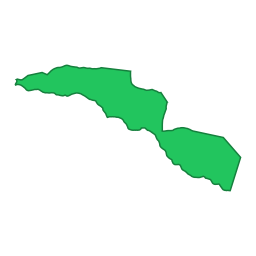 St Lawrence, Anse-la-Raye, Saint Lucia
{"feature_id": "8701671B18704050053031", "entity_name": "St Lawrence", "entity_type": "district", "adm_level": 2, "iso_a3": "LCA", "parent_name": "Saint Lucia", "parent_adm1": "Anse-la-Raye", "projection": "robinson", "projection_center": [-61.027, 13.938], "detail": "fine", "context": "isolated", "style": "filled", "palette": "green", "viewbox_px": 256, "rotation_deg": 0, "n_neighbors": 0, "source": "geoboundaries", "source_scale": "gbopen_adm2", "svg_char_len": 5676}
<svg xmlns="http://www.w3.org/2000/svg" viewBox="0 0 256 256"><path d="M197.0,177.4L197.7,177.5L198.0,177.5L198.7,177.5L199.1,177.5L199.3,177.5L199.9,177.4L200.5,177.2L201.1,177.0L201.6,176.9L202.3,176.7L202.9,176.4L203.2,176.3L204.6,176.9L204.8,177.2L205.1,177.4L205.2,177.7L205.5,178.1L206.1,178.3L206.6,178.3L207.0,178.4L207.5,178.6L207.9,178.7L208.5,178.9L208.8,179.0L209.0,179.1L209.3,179.2L209.7,179.3L209.9,179.3L210.5,179.7L210.6,179.8L210.8,180.1L211.1,180.4L211.2,180.7L211.4,181.0L211.6,181.4L211.8,181.7L211.9,181.9L212.1,182.2L212.2,182.5L212.4,182.8L212.5,183.0L212.8,183.3L213.0,183.5L213.3,183.7L213.7,183.9L213.8,184.0L214.3,184.2L214.9,184.3L215.4,184.3L216.0,184.3L216.9,184.2L217.6,184.2L218.0,184.2L218.4,184.0L219.2,184.2L219.5,184.5L220.1,185.6L220.7,186.4L221.0,186.9L221.7,187.8L222.2,188.6L222.8,189.3L223.1,189.5L223.3,189.8L223.7,189.9L224.3,190.1L224.7,190.3L225.2,190.3L225.6,190.4L225.9,190.4L226.3,190.5L226.9,190.5L227.2,190.4L227.7,190.4L228.0,190.4L228.5,190.4L228.9,190.6L229.3,190.6L229.6,190.6L230.1,190.7L230.3,190.3L240.6,157.4L223.3,137.5L192.9,131.0L192.1,130.7L190.7,130.0L189.7,129.4L188.8,129.1L188.6,129.0L188.3,128.9L187.9,128.7L187.4,128.5L186.6,128.4L185.3,128.1L183.9,127.8L182.0,127.7L180.7,127.8L179.8,128.1L178.4,128.2L177.5,128.3L175.4,129.0L174.2,129.4L173.2,130.2L172.2,130.5L170.6,130.6L169.3,130.6L168.2,130.6L167.0,130.7L166.0,130.9L164.7,131.1L163.6,131.2L162.2,131.1L162.1,130.8L162.3,130.5L162.3,129.4L162.3,128.3L162.3,126.3L162.3,124.5L162.4,122.6L162.5,121.1L162.6,119.9L162.9,118.9L163.2,118.1L163.5,116.9L163.8,115.4L164.1,114.5L164.7,113.0L165.2,111.5L165.9,109.6L166.2,108.9L166.2,108.3L166.1,107.3L166.1,106.8L166.2,106.1L166.5,104.7L166.8,103.7L166.9,102.8L166.9,101.9L167.1,101.9L161.0,92.7L160.9,92.8L160.4,92.6L159.6,92.6L158.8,92.6L158.0,92.1L157.6,91.8L157.2,91.6L156.8,91.3L156.3,91.1L155.6,91.0L154.7,90.6L154.2,90.4L153.3,90.0L152.6,89.7L152.2,89.5L151.4,89.6L150.6,89.8L149.1,90.1L147.9,90.2L146.6,90.3L145.7,90.1L144.5,89.6L143.7,89.3L142.6,89.1L141.6,88.9L140.7,88.7L140.0,88.5L139.5,88.4L138.9,88.3L137.1,87.6L136.1,87.2L135.0,86.7L134.3,86.2L134.0,85.8L132.7,84.8L132.1,84.2L131.6,83.4L131.1,82.0L131.0,81.4L130.8,80.2L130.8,78.9L130.7,78.2L130.6,77.1L130.5,76.1L130.5,75.1L130.5,73.7L130.5,72.3L130.6,71.2L130.4,71.2L101.1,67.7L100.1,68.2L96.2,68.8L94.1,68.7L93.1,68.8L92.5,68.8L91.4,68.6L89.9,68.2L87.6,68.3L86.3,68.1L84.8,67.7L84.7,67.7L83.8,67.5L82.8,67.6L79.6,68.1L78.4,67.9L77.0,67.2L76.0,67.1L74.2,66.9L72.1,66.6L70.5,66.3L69.1,65.8L67.7,65.4L66.6,65.3L65.6,65.5L64.5,65.9L62.7,66.7L61.2,67.2L59.6,67.5L58.3,67.5L57.3,67.6L56.2,68.0L54.8,68.5L53.4,69.2L52.2,70.0L50.8,71.1L49.8,72.2L48.6,73.4L47.6,74.3L47.2,74.7L42.1,72.5L28.0,75.5L24.0,78.5L22.1,79.8L20.5,79.9L17.3,79.1L16.5,79.5L16.3,79.6L16.6,79.8L16.7,80.4L16.9,80.9L16.8,81.8L15.8,83.6L15.5,84.1L15.4,84.5L15.6,85.0L16.5,84.7L17.5,84.4L19.1,84.6L20.7,85.0L22.6,86.2L24.1,87.4L25.3,88.4L26.1,89.5L26.8,90.1L27.4,90.4L28.5,90.7L30.6,90.4L33.3,89.8L34.9,89.4L36.1,89.5L37.4,89.3L38.5,89.4L39.7,90.0L40.7,90.7L41.5,91.3L42.2,91.6L42.6,92.0L42.8,92.1L45.3,92.8L46.1,92.8L46.8,92.7L47.6,92.8L48.1,92.9L48.3,92.9L48.7,92.9L48.8,92.9L49.2,93.0L49.9,92.9L50.8,92.8L51.5,92.7L52.5,92.8L53.3,92.8L53.9,93.0L54.4,93.2L55.1,93.6L55.5,94.1L55.8,94.3L56.1,94.6L56.5,94.8L57.4,94.8L58.3,94.9L58.9,95.0L60.1,95.4L61.3,95.6L62.4,95.8L63.6,95.7L64.3,95.4L64.7,95.2L65.2,95.1L65.8,95.4L66.2,95.7L66.7,96.0L67.3,96.1L68.3,95.9L69.2,95.5L70.4,94.9L71.7,94.2L73.1,93.8L74.6,93.4L76.1,93.0L77.2,93.0L78.8,93.2L79.9,93.5L81.2,93.9L82.2,94.6L83.5,95.3L84.5,95.8L86.4,97.1L86.5,97.2L87.2,97.7L88.3,98.5L89.0,99.0L89.7,99.4L90.5,99.4L91.1,99.7L92.0,100.0L92.7,100.2L93.8,100.4L94.5,100.5L95.0,100.6L95.6,100.9L96.0,101.2L96.1,101.6L96.4,102.2L96.7,102.8L97.1,103.2L97.5,103.9L98.1,104.5L98.7,105.0L99.3,105.3L99.9,105.7L101.1,106.5L101.6,107.0L102.3,107.6L102.7,108.0L102.8,108.4L102.8,108.8L102.9,109.4L103.0,109.8L103.2,110.3L103.8,111.1L104.4,111.8L104.9,112.5L105.5,113.2L105.9,114.0L106.3,115.1L106.7,116.1L107.1,116.8L107.2,117.1L107.3,117.3L107.5,117.4L108.0,117.2L108.9,116.9L109.9,116.7L111.1,116.8L112.4,116.7L113.6,116.8L114.3,116.8L115.1,116.8L116.1,117.1L116.9,117.2L117.5,117.2L118.5,117.3L119.6,117.8L120.7,118.2L121.6,118.6L122.4,119.3L123.0,119.8L123.5,120.7L123.8,121.3L124.2,122.0L125.0,122.8L125.4,123.1L125.8,123.5L126.5,124.4L127.2,125.9L127.6,126.8L128.0,128.1L128.2,128.5L128.5,128.7L128.6,128.9L128.9,129.1L129.0,129.2L129.6,129.4L130.5,129.7L131.4,130.0L132.8,130.2L133.7,130.2L134.7,130.1L135.6,130.2L136.4,130.1L137.5,130.2L139.4,130.0L140.1,129.6L140.6,129.3L141.1,128.5L141.4,128.0L144.8,127.9L145.6,128.5L146.5,129.4L147.6,130.3L148.4,130.4L149.1,130.6L150.5,131.4L151.8,132.4L152.0,132.4L152.0,132.5L153.4,133.5L154.7,134.4L155.4,135.2L156.0,136.7L156.4,137.8L156.7,138.4L157.3,139.6L158.2,140.5L158.6,140.9L159.0,141.7L159.5,143.1L159.7,143.9L159.8,144.9L160.0,145.8L160.4,146.6L161.4,147.7L162.9,148.9L164.3,149.8L165.2,150.5L165.7,151.5L166.2,152.6L166.3,153.7L166.5,154.5L166.8,155.7L167.5,156.5L168.5,157.6L169.8,158.6L170.9,159.2L171.6,159.6L171.9,159.9L172.1,161.0L172.3,161.6L172.7,162.4L173.0,163.2L174.2,164.3L175.1,164.6L175.9,164.6L177.2,164.6L178.3,164.4L179.3,164.7L180.0,165.0L180.5,165.8L180.9,166.7L181.4,167.9L181.7,168.7L182.1,169.3L183.0,170.1L184.0,170.6L184.9,171.1L185.8,171.8L186.6,172.5L187.9,173.9L188.3,174.1L189.1,174.6L189.6,174.8L189.9,175.0L190.2,175.2L190.7,175.5L191.3,175.9L191.5,176.2L192.1,176.5L192.4,176.7L193.1,176.9L193.6,177.1L193.9,177.2L194.3,177.2L194.7,177.3L195.4,177.3L195.7,177.3L196.0,177.3L196.5,177.4L197.0,177.4Z" fill="#22c55e" stroke="#15803d" stroke-width="1.5"/></svg>